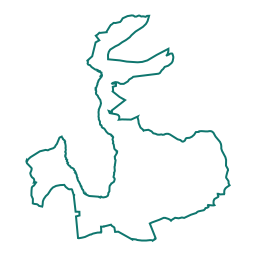 Kota Palu, Sulawesi Tengah, Indonesia (orthographic projection)
{"feature_id": "22746128B23229204425516", "entity_name": "Kota Palu", "entity_type": "district", "adm_level": 2, "iso_a3": "IDN", "parent_name": "Indonesia", "parent_adm1": "Sulawesi Tengah", "projection": "orthographic", "projection_center": [119.87, -0.79], "detail": "fine", "context": "isolated", "style": "outline", "palette": "teal", "viewbox_px": 256, "rotation_deg": 0, "n_neighbors": 0, "source": "geoboundaries", "source_scale": "gbopen_adm2", "svg_char_len": 5779}
<svg xmlns="http://www.w3.org/2000/svg" viewBox="0 0 256 256"><path d="M42.2,206.6L42.6,204.9L42.9,201.3L43.8,199.0L45.8,196.1L47.9,194.2L50.9,189.6L52.9,187.5L56.1,185.9L60.2,185.1L64.3,184.9L65.7,186.9L68.2,188.9L69.2,189.3L71.3,189.2L72.0,189.5L73.7,195.0L75.1,195.1L73.7,195.1L75.6,211.7L79.4,211.8L79.5,215.5L76.0,216.4L78.1,238.8L78.3,238.3L81.9,237.7L84.9,237.0L90.3,234.5L90.9,234.6L93.0,233.6L97.5,232.6L100.9,232.5L100.9,231.8L101.3,231.7L101.0,226.7L103.6,226.7L104.0,226.6L104.0,226.3L105.1,226.2L111.0,224.7L111.8,225.8L114.0,227.2L114.4,227.7L115.1,231.9L118.3,231.7L132.2,239.5L132.2,239.0L136.2,239.5L137.2,240.0L141.6,240.5L146.5,240.5L150.3,240.1L152.7,240.3L152.8,240.6L155.2,239.1L154.9,238.5L155.6,238.1L149.8,223.5L152.1,222.4L159.5,219.7L163.5,217.9L165.3,217.9L168.4,218.9L170.0,219.7L171.0,220.7L171.6,220.0L175.1,217.8L178.7,218.3L181.9,217.5L184.2,217.9L191.0,214.7L196.2,213.0L197.1,212.1L198.3,211.4L203.8,210.2L204.9,209.2L205.5,208.1L207.3,207.7L208.4,207.1L208.6,206.7L207.9,205.5L208.1,205.0L212.1,205.4L213.9,205.4L214.5,205.2L213.7,204.0L213.5,203.3L213.6,201.0L214.3,199.3L214.7,198.9L218.2,196.9L218.4,196.2L217.8,194.9L217.7,193.8L218.4,193.8L220.1,194.4L224.1,194.2L224.3,193.5L224.2,192.4L224.4,190.3L224.8,189.4L225.6,188.2L226.8,187.2L229.6,185.3L228.6,183.5L228.5,181.3L228.3,180.8L226.2,177.8L226.1,177.1L226.5,175.2L227.6,171.1L228.0,170.5L227.9,169.1L226.0,165.7L226.1,159.9L225.4,157.2L222.0,150.8L221.3,148.6L221.3,146.2L221.0,144.2L220.0,141.9L215.5,136.5L213.4,132.7L212.1,131.6L210.8,131.1L209.3,131.1L207.9,131.4L205.7,131.4L201.4,131.1L199.1,131.3L198.8,131.9L195.8,132.1L194.2,134.7L191.9,136.7L189.6,137.8L186.8,138.0L185.8,138.5L184.9,140.5L183.5,141.5L182.4,141.6L181.5,141.1L180.5,140.1L177.6,139.3L170.0,134.5L168.2,133.8L166.6,133.8L165.3,134.0L164.2,134.6L162.7,134.8L161.2,134.4L159.6,134.7L157.4,134.6L155.6,133.8L153.3,133.3L151.6,131.4L148.4,129.8L143.8,130.4L142.8,131.3L143.9,130.4L140.5,127.6L138.7,123.2L138.4,120.5L137.5,117.1L137.8,116.5L131.1,119.6L122.0,119.4L118.8,119.7L119.2,118.9L119.3,116.8L119.0,116.0L118.0,114.9L116.3,114.3L109.7,113.1L108.8,111.0L111.9,112.0L112.0,110.3L125.1,100.1L119.6,97.0L112.6,91.4L113.1,90.5L112.8,86.8L116.0,85.9L116.0,83.6L112.0,83.7L111.5,84.4L112.5,83.0L115.3,82.1L117.8,82.4L120.5,83.9L123.7,83.9L127.9,81.4L129.2,79.5L132.1,77.8L133.2,76.8L158.6,73.7L159.9,73.0L161.8,70.2L163.2,69.0L164.7,66.9L168.0,65.8L168.8,65.3L171.5,63.1L172.6,61.4L173.3,57.9L173.3,56.8L172.6,54.3L172.2,53.6L171.3,53.5L169.9,53.7L169.0,54.5L166.9,55.4L166.1,55.9L167.5,54.3L168.4,51.0L168.4,48.8L156.7,54.9L147.4,60.4L142.3,61.9L137.6,62.3L126.8,61.6L119.9,60.4L108.1,59.3L108.0,54.8L108.8,51.8L110.2,49.6L115.3,46.4L118.6,44.8L122.2,42.2L125.7,40.2L129.8,37.2L131.4,35.3L135.5,31.6L143.0,26.8L145.9,24.0L146.7,22.7L147.6,21.0L149.1,15.8L147.0,15.9L145.7,16.8L143.0,16.3L141.5,16.5L140.8,16.3L139.6,15.6L138.6,15.6L136.3,16.6L134.8,16.6L133.4,15.6L131.8,15.4L127.5,16.1L122.7,18.3L121.2,20.8L120.1,22.0L115.5,23.0L113.6,22.9L111.4,24.7L110.3,25.1L110.6,25.1L106.5,31.8L106.6,32.2L100.2,32.9L99.4,32.7L97.6,34.5L95.8,35.7L99.3,40.3L95.6,42.4L92.2,56.3L87.5,60.5L87.9,60.9L87.6,61.2L87.9,62.4L87.6,63.6L88.2,64.6L90.2,65.3L90.9,66.3L91.8,67.2L94.9,69.3L95.6,69.7L96.8,69.7L97.8,70.2L97.5,70.9L99.0,71.7L99.3,71.0L100.1,71.2L100.9,72.6L101.4,72.7L101.3,73.2L102.0,75.1L101.9,75.9L101.7,76.3L100.8,75.7L100.5,76.1L101.4,76.5L101.2,76.9L100.9,76.7L101.1,77.0L100.2,78.4L98.5,80.5L98.5,80.9L97.4,83.6L97.5,84.2L96.2,87.7L95.7,87.9L95.8,88.4L95.6,88.5L96.0,89.7L95.6,90.0L96.2,91.1L96.2,92.0L95.9,92.7L96.1,94.0L97.8,95.8L98.4,97.3L100.3,100.0L101.0,103.3L100.4,105.7L98.7,109.8L98.8,110.6L98.5,112.0L98.7,114.7L98.5,116.8L98.8,117.6L98.8,119.4L99.9,121.5L100.0,124.0L100.2,124.6L100.4,124.9L101.3,125.2L101.7,126.1L101.7,126.9L102.5,127.8L103.8,128.3L104.8,129.3L106.3,131.7L108.2,133.6L111.0,134.6L111.9,135.6L112.0,135.9L111.8,136.0L112.0,136.2L112.3,136.0L112.8,136.5L113.2,137.2L112.5,139.4L113.2,141.6L113.2,142.3L112.9,143.2L113.7,144.5L114.3,148.5L114.8,149.4L117.1,151.2L117.0,151.6L116.5,151.6L116.5,151.8L117.1,152.1L117.0,152.9L114.7,156.8L115.0,158.0L114.9,158.6L115.1,159.3L115.6,160.1L115.1,163.8L114.9,164.4L114.9,165.6L114.5,166.8L114.8,170.8L114.5,171.9L114.0,172.8L114.2,173.9L113.5,177.0L114.6,178.5L114.7,179.4L114.0,181.7L112.1,183.1L111.3,183.5L111.2,183.9L109.8,185.7L109.5,187.2L109.4,191.3L108.3,193.1L108.3,194.4L107.8,195.7L107.5,196.0L106.0,196.9L103.5,197.4L101.9,197.2L101.1,196.6L99.5,197.0L99.6,197.3L99.0,197.1L98.5,196.7L89.2,196.0L86.5,194.7L86.3,194.4L86.3,194.6L85.4,194.2L83.9,193.0L83.6,191.4L83.1,190.3L83.1,190.0L82.3,189.3L81.2,186.7L81.3,186.6L80.9,186.2L81.0,185.9L80.7,185.7L80.0,183.7L79.5,183.0L79.2,182.1L78.2,180.8L77.7,179.5L77.2,177.8L77.4,177.7L76.9,177.0L76.7,175.1L76.4,174.2L75.6,173.3L75.8,173.3L75.8,172.7L74.9,170.9L73.9,169.9L73.9,169.1L72.9,168.3L70.7,167.3L70.1,166.2L68.7,165.3L67.4,163.4L68.0,162.8L66.8,161.2L67.2,160.0L66.1,159.2L66.3,158.3L65.6,157.4L65.4,156.4L65.5,155.7L65.2,155.7L65.3,155.0L65.8,154.0L65.8,152.9L65.2,151.9L65.6,151.3L65.8,149.6L65.5,147.9L65.7,147.4L65.6,145.3L65.2,143.3L64.8,142.5L65.2,141.9L65.1,141.2L64.6,140.9L64.5,140.3L63.6,139.7L63.0,138.8L62.8,138.8L62.6,138.1L61.9,137.2L61.7,136.6L59.7,137.5L59.4,137.8L56.9,143.9L55.6,145.5L54.9,147.0L53.3,148.2L49.6,149.4L47.9,150.3L45.6,149.9L39.9,151.3L30.5,157.2L28.1,159.4L27.2,161.1L26.7,160.2L26.4,161.1L26.5,161.9L27.0,163.3L31.5,168.0L31.7,168.7L31.4,170.4L30.3,173.0L30.3,173.5L30.9,175.5L31.9,177.2L33.7,178.6L34.1,179.6L34.3,180.9L33.8,182.6L35.7,182.2L36.1,182.4L34.0,185.5L32.4,186.6L31.8,187.6L31.5,190.8L31.4,195.5L32.9,198.9L32.8,203.4L34.2,203.9L36.9,204.2L38.1,204.9L39.0,205.9L42.2,206.6Z" fill="none" stroke="#0f766e" stroke-width="2"/></svg>